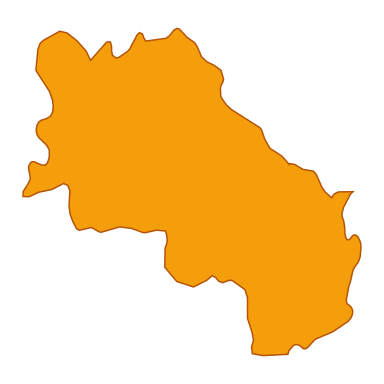 Siena, Mercator projection
{"feature_id": "ITA-5388", "entity_name": "Siena", "entity_type": "Province", "adm_level": 1, "iso_a3": "ITA", "parent_name": "Italy", "parent_adm1": "", "projection": "mercator", "projection_center": [11.496, 43.172], "detail": "fine", "context": "isolated", "style": "filled", "palette": "amber", "viewbox_px": 384, "rotation_deg": 0, "n_neighbors": 0, "source": "natural_earth", "source_scale": "10m", "svg_char_len": 2389}
<svg xmlns="http://www.w3.org/2000/svg" viewBox="0 0 384 384"><path d="M179.3,29.0L187.1,37.4L194.6,42.6L197.1,46.5L201.6,56.9L207.1,61.9L214.6,65.6L221.1,70.5L223.6,79.3L223.0,81.7L220.8,86.1L220.4,88.6L220.8,96.2L222.0,98.7L226.3,104.8L231.5,109.6L259.9,127.7L261.5,129.7L264.8,139.4L269.9,148.3L281.9,156.1L289.4,164.6L290.0,163.7L294.6,164.4L303.0,169.4L313.3,171.1L316.3,174.4L321.8,187.1L324.9,191.7L331.2,197.5L332.2,197.4L332.8,195.8L334.3,193.9L338.5,191.9L353.0,191.7L350.4,194.2L343.5,207.4L341.9,214.0L342.1,215.9L342.4,217.4L342.9,218.9L343.5,220.3L344.0,222.9L344.6,226.4L345.0,234.0L345.8,237.4L346.8,239.4L348.2,239.8L349.5,239.4L350.5,238.5L352.1,236.2L353.3,235.3L354.6,234.8L356.4,235.4L358.1,237.1L360.2,241.6L360.8,244.5L361.0,247.0L360.4,254.8L360.1,256.7L359.7,258.3L358.6,261.3L358.0,262.5L354.6,267.2L352.7,271.4L350.5,281.4L348.8,286.4L346.5,298.6L346.4,301.8L347.2,303.8L349.7,305.7L351.0,307.0L352.3,309.4L352.7,311.4L352.6,313.3L352.1,315.0L351.6,316.5L350.8,317.9L350.1,319.0L348.0,321.5L346.3,322.6L332.8,331.8L317.5,338.2L315.0,339.5L307.2,347.9L304.9,348.8L303.3,348.7L301.0,346.6L299.5,345.4L296.6,344.6L294.9,344.8L293.4,345.5L289.6,349.9L288.9,350.9L287.9,354.3L263.2,355.6L252.3,353.7L251.6,347.1L253.5,340.1L252.1,332.5L247.5,318.4L247.5,297.8L245.0,289.7L233.4,281.3L231.1,280.2L228.3,280.6L222.7,282.7L218.9,281.3L215.6,277.5L212.0,275.7L207.1,280.1L193.5,287.0L176.8,281.5L164.8,267.3L165.1,248.1L166.7,243.9L167.2,239.9L166.8,235.7L165.5,231.0L156.6,230.2L145.0,232.7L142.8,232.5L131.4,228.4L119.7,226.9L101.0,232.3L98.4,231.5L93.4,228.5L90.8,227.6L79.4,230.3L76.7,228.9L72.8,221.5L70.1,214.1L69.0,206.3L69.9,190.5L67.7,185.4L63.6,183.5L51.8,189.5L38.9,192.2L29.2,196.7L23.0,196.5L23.2,191.5L28.4,183.3L30.2,179.2L29.9,175.0L28.9,170.6L28.6,166.3L30.5,162.7L32.3,161.7L34.1,161.7L41.7,165.0L45.0,165.2L47.5,162.9L49.3,157.1L49.3,150.1L46.7,145.3L38.9,137.7L37.3,135.2L36.4,132.3L36.3,129.1L36.9,125.7L38.5,122.4L40.8,120.4L46.4,118.6L50.5,116.2L52.6,112.1L53.2,106.7L52.6,100.5L49.5,91.5L35.9,70.4L37.9,49.4L40.1,43.4L43.4,40.3L59.8,31.2L67.1,33.0L77.1,40.9L86.2,51.2L90.5,60.4L106.7,42.0L110.4,41.9L111.6,46.7L111.6,51.3L112.5,55.3L116.2,58.0L118.9,57.3L127.2,51.7L129.6,49.2L137.0,35.1L139.4,32.6L142.4,33.9L143.8,37.8L145.7,41.1L166.0,38.3L169.6,35.7L174.0,30.0L177.0,28.4L179.3,29.0Z" fill="#f59e0b" stroke="#b45309" stroke-width="1.5"/></svg>